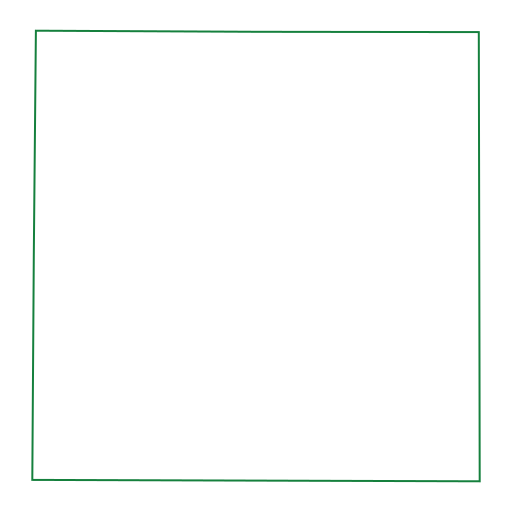 outline of Jones, Iowa, United States of America
{"feature_id": "52423323B96588069122317", "entity_name": "Jones", "entity_type": "district", "adm_level": 2, "iso_a3": "USA", "parent_name": "United States of America", "parent_adm1": "Iowa", "projection": "albers", "projection_center": [-91.16, 42.121], "detail": "fine", "context": "isolated", "style": "outline", "palette": "green", "viewbox_px": 512, "rotation_deg": 0, "n_neighbors": 0, "source": "geoboundaries", "source_scale": "gbopen_adm2", "svg_char_len": 215}
<svg xmlns="http://www.w3.org/2000/svg" viewBox="0 0 512 512"><path d="M35.9,30.7L33.8,255.4L32.3,479.9L479.7,481.3L479.5,368.9L478.8,32.1L257.9,31.8L35.9,30.7Z" fill="none" stroke="#15803d" stroke-width="2"/></svg>